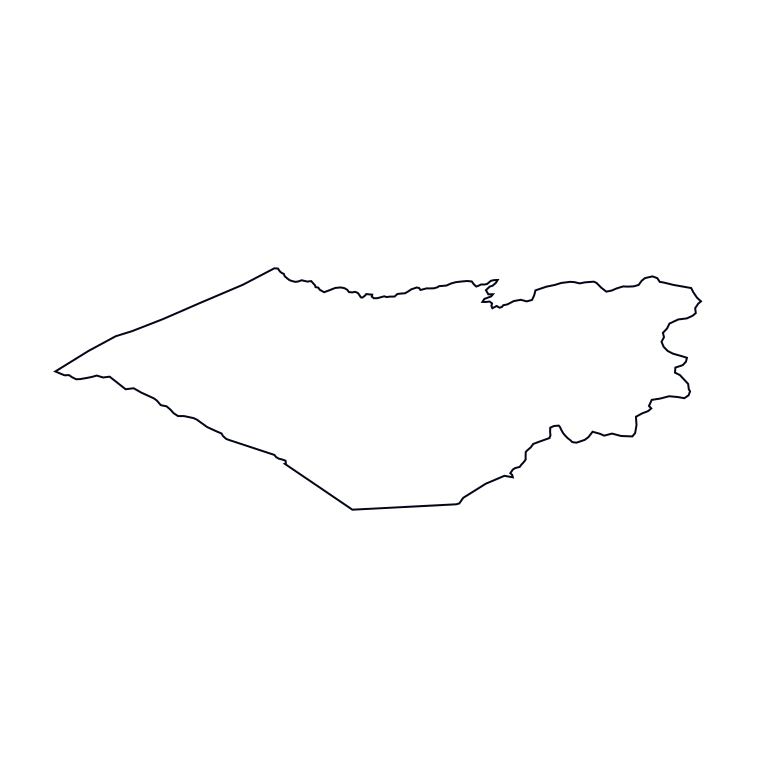 Perlis, Perlis, Malaysia (Equal Earth projection), rotated 83°
{"feature_id": "92858781B47939321084685", "entity_name": "Perlis", "entity_type": "district", "adm_level": 2, "iso_a3": "MYS", "parent_name": "Malaysia", "parent_adm1": "Perlis", "projection": "equal_earth", "projection_center": [100.219, 6.488], "detail": "fine", "context": "isolated", "style": "outline", "palette": "ink", "viewbox_px": 768, "rotation_deg": 83, "n_neighbors": 0, "source": "geoboundaries", "source_scale": "gbopen_adm2", "svg_char_len": 3157}
<svg xmlns="http://www.w3.org/2000/svg" viewBox="0 0 768 768"><g transform="rotate(83 384 384)"><path d="M492.3,267.5L489.8,267.9L487.9,269.5L484.7,266.6L483.5,264.3L482.8,259.4L480.8,257.5L478.4,254.6L476.2,252.6L473.3,252.3L468.7,251.6L467.0,249.4L464.8,246.1L461.7,243.2L460.2,237.0L457.8,226.3L455.1,225.0L451.9,225.0L447.6,224.3L446.4,220.4L446.6,215.6L448.1,214.6L451.2,213.6L454.4,212.3L457.0,210.7L460.0,208.4L462.6,205.8L464.6,204.2L465.7,200.2L463.9,191.5L461.6,187.5L456.8,182.8L459.8,175.6L462.1,171.7L461.0,163.7L464.5,155.0L466.3,143.9L463.3,140.7L455.6,138.4L447.2,137.9L444.6,131.3L443.1,125.2L440.8,121.7L438.1,123.7L432.4,120.2L432.1,111.5L430.9,102.4L432.8,93.8L434.7,87.7L432.4,83.1L428.6,81.1L426.4,82.1L421.0,82.1L411.2,89.2L408.2,93.8L403.2,92.8L401.7,85.2L398.7,81.6L394.9,80.1L392.6,85.2L389.2,93.3L385.8,98.4L381.2,101.9L375.9,103.4L371.7,100.4L367.2,100.9L363.4,96.3L358.8,93.3L355.8,84.1L355.8,75.5L353.9,69.4L351.6,65.9L346.7,65.9L342.5,62.3L340.6,59.3L336.5,62.8L330.4,65.9L326.2,67.4L320.9,84.7L319.0,89.7L317.1,94.8L316.3,97.8L312.2,99.9L309.9,104.4L310.7,112.1L312.9,115.6L316.7,119.2L317.5,124.2L317.1,129.8L316.3,134.9L317.5,141.5L319.0,146.6L319.4,152.1L314.8,156.7L309.5,160.8L308.0,163.3L307.6,171.9L308.0,177.5L306.1,182.6L305.3,186.7L305.3,195.8L306.5,202.4L307.2,211.0L309.5,222.2L314.4,224.2L318.6,226.8L319.4,232.3L317.1,237.9L317.5,245.0L320.1,252.1L320.3,255.9L322.0,257.8L322.3,260.1L320.3,262.7L322.0,267.2L319.6,267.9L317.2,266.9L315.0,269.2L315.0,273.1L314.5,276.3L311.8,274.0L311.1,271.1L310.1,266.9L308.2,264.9L307.7,269.5L303.3,271.4L300.2,267.2L299.7,264.3L297.3,260.7L294.6,258.5L294.3,262.0L294.6,265.3L297.3,269.5L297.5,272.7L297.0,275.3L298.0,278.3L298.5,280.5L296.3,282.5L292.9,284.4L291.9,289.0L291.7,295.2L291.7,300.4L292.4,305.2L293.9,310.1L293.6,317.3L294.6,319.5L295.1,323.1L294.3,330.3L294.8,333.8L295.1,336.4L293.1,337.4L292.2,339.7L293.4,345.5L294.8,348.1L296.5,352.0L296.3,356.6L296.3,359.8L298.5,362.8L298.0,367.3L298.0,370.9L297.0,373.1L297.5,376.7L298.0,380.0L297.7,383.5L295.8,385.5L293.9,384.8L292.6,390.7L293.9,392.0L295.6,394.9L295.1,396.5L292.9,397.5L290.5,398.8L289.0,401.4L289.2,404.3L288.5,407.6L286.1,408.9L284.1,411.5L282.9,415.1L282.7,420.6L284.4,427.1L285.6,432.3L282.7,436.2L280.3,437.5L279.5,440.1L277.8,440.4L275.9,441.7L273.0,443.7L273.0,447.6L271.0,453.1L271.8,456.7L271.8,459.6L270.3,463.5L269.1,465.5L266.4,468.1L265.0,469.4L262.5,470.0L261.3,472.0L259.6,473.6L256.5,475.2L255.8,478.7L268.3,512.0L281.3,557.2L292.6,595.3L300.9,627.9L303.9,644.5L315.1,673.1L331.5,708.7L336.4,700.1L336.8,695.5L339.1,693.0L341.8,688.9L342.1,684.8L341.8,678.7L341.4,673.2L340.6,668.1L343.3,662.0L343.3,655.4L357.7,641.1L357.7,633.0L363.0,625.9L370.2,614.2L372.5,611.7L377.8,608.1L379.7,602.5L383.5,599.0L387.3,596.4L390.7,592.4L391.5,586.3L394.6,577.3L396.6,574.0L398.8,571.7L401.7,568.5L405.1,564.9L410.9,555.5L413.3,551.3L415.8,550.3L419.2,547.4L420.6,544.8L441.0,501.5L443.5,499.9L445.4,497.3L446.6,494.1L448.1,491.1L451.0,491.1L451.2,492.1L504.9,430.7L512.2,327.0L511.7,323.8L506.6,319.2L495.4,295.2L489.8,275.7L492.3,267.5Z" fill="none" stroke="#020617" stroke-width="2"/></g></svg>